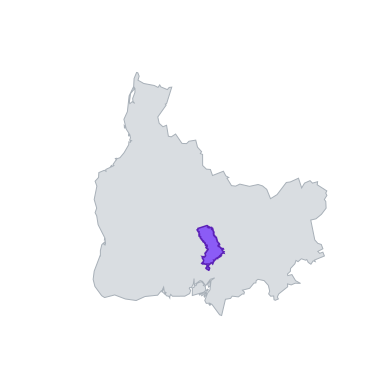 location of Altamira, Pará, Brazil, rotated 158°
{"feature_id": "56859067B40794450496810", "entity_name": "Altamira", "entity_type": "district", "adm_level": 2, "iso_a3": "BRA", "parent_name": "Brazil", "parent_adm1": "Pará", "projection": "mercator", "projection_center": [-53.684, -6.317], "detail": "fine", "context": "in_parent", "style": "filled", "palette": "violet", "viewbox_px": 384, "rotation_deg": 158, "n_neighbors": 0, "source": "geoboundaries", "source_scale": "gbopen_adm2", "svg_char_len": 9100}
<svg xmlns="http://www.w3.org/2000/svg" viewBox="0 0 384 384"><g transform="rotate(158 192 192)"><path d="M112.2,86.2L115.6,89.1L119.8,87.7L121.2,89.6L123.5,86.9L129.3,84.2L130.5,81.6L134.2,80.2L134.5,78.6L130.3,78.0L129.2,71.0L125.6,66.6L130.5,68.8L134.8,68.7L137.9,71.0L138.8,68.3L149.8,65.0L152.2,62.7L152.0,60.5L155.3,60.4L156.3,61.4L155.2,65.0L158.1,65.9L159.1,68.8L157.1,71.0L156.2,76.8L158.3,82.8L163.5,86.3L165.7,85.8L166.8,83.8L168.8,84.3L174.6,81.1L182.0,82.1L180.9,79.5L182.1,77.9L183.5,78.6L188.3,77.4L193.8,80.4L196.1,78.9L201.2,80.0L210.8,66.4L212.4,67.8L215.6,80.3L217.2,82.3L220.5,83.4L220.8,86.6L215.3,92.6L212.0,94.5L207.5,102.8L203.1,103.9L207.7,104.2L214.4,100.0L215.8,105.3L217.6,106.9L224.6,105.1L222.5,111.0L225.2,106.3L228.4,103.5L230.0,104.3L230.7,103.5L230.1,101.3L232.2,98.7L237.7,98.1L249.2,102.7L250.1,105.0L251.7,103.4L254.4,105.2L255.1,107.1L253.7,108.5L254.3,109.2L255.8,107.9L256.1,109.1L254.8,110.5L253.9,114.5L255.8,112.8L257.1,109.8L257.3,112.0L262.5,109.2L274.7,112.7L284.4,112.3L293.9,117.8L302.2,125.5L312.6,126.9L314.6,129.7L317.4,140.8L316.4,148.0L312.3,155.3L301.1,167.4L301.1,166.5L298.9,172.0L295.4,176.9L293.8,177.6L292.5,175.4L291.5,176.5L290.0,181.8L291.3,196.8L289.3,205.6L289.6,209.1L286.4,212.8L285.5,221.7L278.0,233.1L277.8,238.3L273.2,240.5L271.1,244.9L265.2,245.0L264.0,243.4L263.5,245.2L254.5,245.7L254.9,247.2L249.2,250.9L245.9,250.8L240.2,253.9L233.0,259.5L231.7,262.2L230.4,261.2L229.9,262.4L228.3,261.9L230.4,263.5L228.7,265.3L228.2,268.3L229.4,274.9L227.9,284.9L221.8,290.7L214.3,304.7L207.1,311.2L207.0,309.0L212.0,306.4L216.5,298.6L216.6,297.2L213.6,298.1L211.9,295.6L212.8,298.1L212.0,300.9L207.6,305.7L206.1,309.4L206.6,311.6L203.2,318.9L198.6,323.6L197.6,322.9L197.6,319.2L200.2,315.9L196.1,310.7L187.1,304.9L184.3,301.7L181.8,303.4L181.5,301.1L176.5,296.2L174.0,297.5L171.5,296.8L182.5,283.4L183.8,283.5L183.5,282.2L195.6,274.4L196.7,268.0L194.5,263.4L190.6,263.4L193.0,252.6L190.6,250.9L185.5,251.9L183.1,240.8L178.9,238.9L175.8,240.2L169.1,238.7L170.1,231.5L168.0,225.8L169.9,224.5L168.1,222.9L172.2,212.6L170.1,207.8L166.5,206.0L166.8,199.6L155.1,199.5L154.6,194.3L152.5,191.7L154.4,191.7L153.0,183.1L149.3,181.1L144.7,181.4L136.6,175.7L127.9,174.2L124.3,171.2L121.7,166.4L121.7,156.4L114.1,157.7L101.0,165.5L97.1,164.5L88.1,164.9L88.8,154.7L84.3,158.1L78.3,158.3L77.0,155.1L71.7,154.5L73.2,151.8L66.6,142.5L68.4,140.9L68.2,138.3L72.1,135.5L71.5,133.1L73.7,126.8L80.4,122.8L87.1,120.7L92.4,121.5L96.1,101.6L94.6,97.3L91.8,94.9L91.9,90.3L97.6,89.8L96.6,87.3L93.2,87.2L93.2,83.1L103.9,83.0L103.8,81.3L105.4,82.8L108.8,80.5L110.6,83.1L110.9,86.4L112.2,86.2ZM218.6,94.7L230.5,95.9L227.6,102.9L225.5,103.0L225.1,104.2L223.3,103.7L221.4,105.5L216.9,105.4L215.3,101.9L216.5,101.1L215.1,99.8L216.0,95.7L218.6,94.7ZM208.5,103.2L210.3,98.2L212.2,97.5L212.0,100.5L208.5,103.2ZM221.9,92.3L220.7,94.1L218.0,93.7L218.4,92.5L221.9,92.3ZM217.8,90.2L217.3,94.0L216.2,93.6L217.8,90.2ZM223.7,94.7L222.0,94.9L221.3,94.6L223.4,93.5L223.7,94.7ZM216.0,94.8L214.2,96.1L213.5,95.4L214.8,94.3L216.0,94.8ZM219.2,91.5L218.4,90.7L219.8,89.9L219.9,90.7L219.2,91.5ZM218.3,81.6L217.3,81.8L217.0,80.4L218.0,80.3L218.3,81.6ZM229.9,279.0L229.5,277.7L230.3,276.4L230.6,276.8L229.9,279.0ZM250.2,250.3L250.5,251.8L249.3,251.5L250.2,250.3ZM229.2,269.2L228.7,268.4L229.5,267.6L229.8,267.9L229.2,269.2ZM255.5,112.0L254.7,113.4L255.5,111.4L255.5,112.0ZM293.1,177.8L291.9,178.3L292.7,177.1L293.1,177.8ZM257.7,246.3L256.5,246.8L256.3,246.5L257.0,245.8L257.7,246.3ZM291.1,180.5L290.7,181.3L290.4,180.8L291.1,180.5ZM252.3,102.1L252.4,102.9L252.0,102.8L252.3,102.1Z" fill="#d9dde1" stroke="#a8b0b8" stroke-width="1"/><path d="M207.6,116.3L207.7,115.9L207.0,114.9L206.6,114.6L206.7,114.4L206.3,114.2L206.3,113.9L206.0,113.6L205.9,113.2L205.7,113.1L205.1,113.6L204.8,114.2L204.5,114.3L204.4,114.6L204.2,114.8L204.3,115.0L204.2,115.7L203.9,116.0L204.4,115.8L204.8,116.0L205.1,116.4L205.1,116.6L204.7,116.9L204.5,117.5L203.8,117.8L203.8,118.0L203.2,118.5L202.9,118.4L202.2,118.7L201.8,118.5L201.4,118.8L201.4,119.0L200.9,119.2L200.3,118.9L200.2,118.7L200.0,118.8L199.9,118.4L199.7,118.3L199.6,118.0L199.9,117.8L199.8,117.5L199.4,117.9L199.5,118.3L199.4,118.4L199.1,118.5L198.9,118.5L198.8,118.8L198.4,119.0L198.2,119.1L198.3,119.3L198.2,119.4L197.7,119.4L197.6,119.8L197.8,119.8L197.7,120.0L197.3,120.1L197.3,120.4L197.1,120.2L196.9,120.3L196.8,120.2L196.5,120.3L196.0,120.5L195.7,120.4L195.5,120.9L195.2,120.8L194.9,121.0L194.7,121.0L194.4,121.3L194.3,121.2L194.0,121.2L193.7,121.1L193.7,120.9L193.3,120.7L193.2,121.3L193.1,121.6L192.7,121.6L192.6,121.4L192.3,121.3L192.0,121.5L191.7,121.2L191.3,121.3L191.2,121.7L191.4,121.8L191.0,122.1L190.9,122.1L190.7,122.0L190.5,121.7L190.2,121.6L190.2,121.8L190.0,122.1L189.8,122.0L189.9,122.3L189.9,122.6L189.5,122.6L189.2,122.2L189.1,122.4L188.9,122.6L188.6,122.5L188.7,123.0L188.4,123.4L188.1,123.3L187.7,123.5L187.3,123.5L187.2,123.7L186.8,123.7L186.3,124.0L186.0,123.7L185.8,123.7L185.7,123.8L185.5,123.6L185.4,123.7L185.2,123.5L185.2,124.1L185.1,124.3L185.1,124.5L184.8,124.7L185.4,125.0L185.4,125.5L185.9,126.3L185.7,126.5L185.7,126.8L185.6,126.7L185.4,127.0L184.7,127.3L184.4,127.3L184.5,127.5L184.3,127.5L184.2,127.7L184.3,127.9L184.7,127.9L185.0,127.9L185.1,128.3L185.6,128.8L185.6,128.7L186.0,128.5L186.1,128.8L186.2,129.1L186.4,129.2L186.4,129.6L186.5,129.9L186.4,129.9L186.6,130.4L186.8,130.5L186.9,130.9L187.2,131.0L187.6,131.3L187.7,131.7L187.9,132.0L188.0,132.0L188.0,132.5L187.9,132.6L187.7,132.5L187.3,132.7L187.2,132.8L187.1,133.1L186.5,133.0L186.3,132.6L186.1,132.7L186.0,133.1L186.1,133.4L186.3,133.5L186.0,133.8L186.0,134.1L186.3,134.5L186.6,134.7L186.6,135.0L186.6,135.4L187.0,136.0L186.9,136.3L187.1,136.5L187.1,136.9L187.1,137.2L186.8,137.5L186.9,137.9L186.9,138.2L186.7,138.4L186.7,138.7L186.6,138.8L186.6,139.1L186.8,139.2L186.6,139.5L186.6,139.9L186.7,140.1L186.6,140.3L186.8,140.3L186.9,140.5L186.8,141.0L187.0,141.2L186.8,141.5L187.2,141.8L187.2,142.1L187.5,142.0L187.8,142.3L187.8,142.7L187.7,142.7L187.7,143.0L187.6,142.9L187.7,143.1L187.5,143.4L187.7,143.6L188.1,143.7L188.1,144.2L187.6,144.6L187.7,145.1L187.3,145.3L187.2,145.6L187.4,145.7L187.2,145.9L187.3,146.1L186.8,146.3L186.8,146.7L186.7,146.9L186.9,147.2L186.8,147.3L186.9,147.6L186.8,147.8L187.0,148.1L186.9,148.4L187.1,148.8L187.2,149.2L187.0,149.3L187.7,149.8L187.8,150.2L187.6,150.4L187.4,150.4L187.1,149.9L186.9,150.1L186.7,150.0L186.6,149.8L186.5,150.1L186.7,150.4L186.6,150.7L186.8,150.8L187.0,150.8L187.2,151.3L187.1,151.6L187.4,151.7L187.5,152.1L187.8,152.1L188.0,152.0L188.4,152.3L188.5,152.2L188.8,152.2L188.9,152.4L189.0,152.2L189.8,152.5L189.9,152.8L190.3,152.9L190.3,153.0L190.0,153.2L190.1,153.3L189.9,153.3L189.9,153.5L189.6,153.7L189.9,153.9L190.0,154.2L190.2,154.4L190.2,154.9L190.4,155.1L190.5,155.1L190.7,155.3L200.1,156.0L200.2,155.5L200.6,155.3L200.7,154.9L201.0,154.9L201.2,154.7L201.4,154.8L201.4,154.6L201.5,154.3L201.2,153.5L201.2,153.3L200.8,152.8L200.5,152.7L200.4,152.6L200.9,152.2L200.7,152.0L200.7,151.6L200.9,151.3L201.0,150.8L200.9,150.5L200.9,150.4L200.7,150.1L200.9,149.9L201.4,150.1L201.5,149.9L201.3,149.8L201.4,149.6L201.5,149.4L201.7,149.1L201.5,148.8L201.6,148.7L201.3,148.5L201.3,148.2L201.6,148.1L201.4,147.9L201.4,147.6L201.2,147.6L200.9,147.3L201.2,147.1L201.2,146.9L201.4,146.8L201.4,146.7L201.5,146.4L201.2,146.1L201.3,145.9L201.1,145.5L201.1,145.3L200.9,145.3L200.8,145.1L200.6,144.8L200.6,144.7L200.9,144.6L200.8,144.4L201.0,144.2L200.8,143.9L200.8,143.6L200.6,143.3L200.3,143.3L200.2,143.1L200.3,142.9L200.2,142.8L200.0,142.6L199.9,142.5L200.1,142.4L200.4,142.0L200.2,141.8L200.2,141.4L199.8,141.3L199.9,141.1L199.0,140.3L199.4,139.7L199.0,139.4L199.0,139.1L199.2,138.6L198.9,138.2L199.5,137.8L199.4,137.5L198.5,137.1L198.3,136.8L198.0,136.8L198.1,136.4L198.2,136.1L198.4,136.1L198.6,136.3L199.0,135.7L198.9,135.5L199.0,135.4L199.3,135.4L199.5,135.7L199.8,135.4L199.6,135.2L199.8,135.0L199.7,134.8L199.6,134.6L199.5,134.4L199.3,134.3L199.4,134.2L199.2,134.0L199.1,133.6L198.9,133.5L198.8,133.3L198.5,133.1L198.6,132.8L198.9,132.8L199.2,132.6L199.2,132.3L199.4,132.1L199.8,132.2L200.0,132.0L200.1,131.8L200.3,131.6L200.6,131.7L201.1,131.5L201.3,131.2L201.4,130.8L201.6,130.6L201.8,130.5L202.1,130.5L202.4,130.7L202.6,130.5L202.6,130.4L203.0,130.2L203.0,129.3L203.1,128.8L203.3,128.5L203.2,128.0L203.5,127.6L203.8,127.4L204.0,127.5L204.2,127.4L204.7,127.0L205.0,127.3L205.2,127.2L205.5,127.3L205.6,127.5L205.6,127.8L206.2,128.0L206.7,128.3L206.6,128.0L206.7,127.8L206.9,127.6L206.9,127.4L207.1,127.0L206.9,126.9L207.1,126.1L206.9,125.4L206.6,125.3L206.8,124.8L206.8,124.4L206.9,124.0L207.1,123.7L207.3,123.6L207.6,123.3L208.2,122.4L208.5,122.4L208.8,122.7L209.6,122.2L209.3,122.0L209.3,121.7L209.0,121.8L208.9,121.7L208.7,121.8L208.6,121.5L208.4,121.4L208.6,121.1L208.4,121.0L208.2,121.1L208.1,121.4L207.9,121.3L207.8,121.0L207.4,120.8L207.3,120.6L207.2,120.6L206.9,120.0L206.6,120.0L206.3,120.0L205.6,119.8L205.1,119.6L205.5,119.5L205.6,119.3L205.5,118.0L205.7,117.7L205.9,117.7L206.3,116.8L206.7,116.8L207.1,116.4L207.5,116.4L207.6,116.3Z" fill="#8b5cf6" stroke="#5b21b6" stroke-width="1.5"/></g></svg>